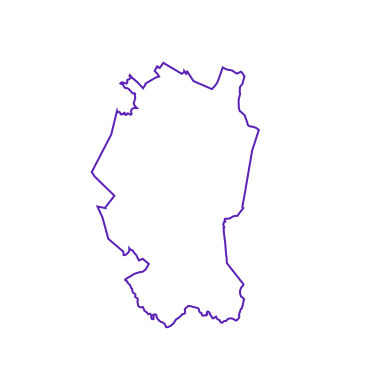 the district of Heroica Villa Tezoatlán de Segura y Luna, Cuna de la Independencia de Oaxaca, Oaxaca, Mexico, rotated 327°
{"feature_id": "50627088B73617398914248", "entity_name": "Heroica Villa Tezoatlán de Segura y Luna, Cuna de la Independencia de Oaxaca", "entity_type": "district", "adm_level": 2, "iso_a3": "MEX", "parent_name": "Mexico", "parent_adm1": "Oaxaca", "projection": "albers", "projection_center": [-97.858, 17.573], "detail": "fine", "context": "isolated", "style": "outline", "palette": "violet", "viewbox_px": 384, "rotation_deg": 327, "n_neighbors": 0, "source": "geoboundaries", "source_scale": "gbopen_adm2", "svg_char_len": 5831}
<svg xmlns="http://www.w3.org/2000/svg" viewBox="0 0 384 384"><g transform="rotate(327 192 192)"><path d="M226.3,233.4L226.1,231.9L229.7,228.1L231.6,226.1L234.0,223.6L235.2,222.3L239.3,217.9L240.0,217.1L241.3,215.6L241.8,215.1L243.5,213.3L246.9,209.6L247.2,209.3L249.5,206.8L252.1,204.0L252.4,203.6L254.6,201.3L256.1,199.6L256.4,199.4L261.3,194.0L261.7,193.6L264.6,190.5L264.8,190.2L268.5,187.2L269.5,186.4L272.6,183.9L273.2,183.4L277.0,180.3L277.5,179.9L279.4,178.4L281.6,176.6L281.9,176.4L280.5,172.7L280.2,172.5L279.1,171.1L277.7,169.7L276.9,169.0L275.7,167.7L275.4,166.3L275.5,165.5L275.9,164.7L276.2,163.6L276.6,162.0L277.4,159.0L277.3,158.3L277.5,157.9L278.0,156.8L277.5,154.3L277.3,154.1L276.8,151.6L276.1,150.3L277.2,146.7L279.6,142.8L281.4,140.0L286.1,135.6L286.2,134.5L287.6,132.5L289.6,129.9L293.1,128.9L293.5,128.5L296.0,126.2L298.1,124.4L299.0,123.6L298.8,123.0L299.1,120.8L298.7,117.8L294.2,117.2L293.4,115.6L292.7,114.0L292.0,112.7L291.8,111.9L290.5,110.6L289.0,109.3L288.2,108.5L286.9,106.7L285.6,104.3L283.8,105.6L280.9,107.9L279.4,109.1L277.7,110.4L274.4,112.9L272.1,114.3L271.3,114.6L269.6,115.3L268.1,115.7L267.4,115.9L264.7,116.6L261.8,112.0L255.5,102.6L254.0,100.2L253.9,100.1L253.6,99.5L253.7,87.5L253.3,88.6L253.4,89.2L253.1,89.3L252.3,89.6L251.7,89.2L251.4,89.4L251.4,89.1L251.3,88.9L251.5,88.6L251.5,88.4L251.5,88.0L251.5,87.6L251.5,87.3L251.5,87.0L251.3,86.8L251.3,86.2L250.6,87.0L250.3,87.2L249.7,87.2L249.1,87.2L248.9,87.2L247.8,87.3L238.3,68.1L232.9,70.3L232.6,70.3L232.4,69.9L232.2,70.0L232.0,69.8L231.8,69.4L231.8,69.1L231.6,69.2L231.2,68.9L231.0,68.6L231.0,68.1L230.8,68.1L230.8,67.8L227.8,69.5L226.6,70.1L227.3,73.7L227.3,77.2L224.1,76.3L219.9,76.1L215.0,75.9L214.1,75.8L213.1,75.8L212.9,75.8L211.8,75.9L211.2,76.8L210.2,77.2L208.9,77.6L208.6,77.8L207.5,78.4L207.3,77.5L206.0,70.2L204.1,63.9L203.6,60.1L202.9,60.5L203.2,60.9L203.4,61.4L202.9,62.2L202.4,62.8L201.5,63.1L200.2,63.2L199.6,62.9L199.1,62.7L198.5,63.0L197.9,64.0L197.4,65.0L196.0,65.4L195.4,64.5L194.9,64.1L194.6,63.8L194.4,63.3L193.9,62.8L193.5,62.3L193.1,61.9L192.6,61.9L192.1,61.7L191.6,62.1L191.3,62.0L191.0,62.0L191.0,62.3L191.1,62.5L191.3,62.6L191.7,62.6L192.0,62.8L192.4,63.5L192.5,64.1L192.4,65.1L192.4,66.0L192.3,66.8L192.5,67.4L192.6,68.1L192.8,68.7L193.3,68.9L194.0,69.4L194.3,70.0L195.0,71.0L195.2,72.4L195.5,73.4L195.6,74.5L195.7,75.5L196.0,77.0L196.7,77.4L197.4,77.7L197.8,78.2L197.7,78.8L197.1,79.1L196.8,79.6L196.6,80.1L196.2,81.0L195.6,82.1L195.0,83.1L194.1,83.5L193.0,84.6L192.4,85.0L191.8,85.3L191.2,86.9L190.9,88.2L191.1,89.0L191.2,90.0L191.5,91.5L189.5,90.3L188.6,89.9L187.5,89.7L186.8,89.8L186.1,90.1L185.5,90.4L184.7,91.3L184.2,92.5L183.9,93.6L183.1,93.8L182.6,93.8L182.2,93.4L181.7,92.0L181.0,91.1L180.4,91.0L179.8,91.4L179.0,91.5L178.4,91.2L178.4,90.6L178.6,90.0L178.6,89.2L178.6,88.8L178.3,88.7L178.0,88.7L177.6,89.1L177.3,89.4L176.8,89.5L176.6,89.3L176.4,88.8L176.0,88.4L175.5,88.4L175.1,88.4L174.7,88.3L174.6,87.7L174.8,86.7L174.9,86.0L174.7,85.4L174.2,85.2L173.6,84.9L173.3,84.4L173.1,83.8L173.3,83.1L155.7,99.7L155.6,99.8L155.2,100.0L127.7,115.6L125.9,116.6L118.8,120.7L118.8,126.0L124.9,152.9L110.4,157.9L110.4,158.1L104.8,152.7L103.0,164.8L96.3,185.8L101.9,204.5L100.3,207.7L101.3,208.2L102.0,208.5L102.5,208.6L103.0,208.5L104.0,208.3L105.0,208.1L105.8,208.0L106.4,207.7L107.4,207.3L108.2,205.8L108.7,205.1L108.7,206.0L110.5,209.0L110.4,211.1L110.4,211.7L110.5,212.5L110.7,213.3L110.9,214.4L110.4,218.4L110.2,220.5L114.3,221.2L114.6,222.2L116.6,228.8L111.1,231.7L107.1,232.0L104.6,230.8L99.4,229.3L88.4,228.9L88.2,229.3L88.0,229.8L88.3,230.3L88.8,231.1L88.9,231.8L88.7,232.4L88.7,233.4L88.8,234.4L89.0,235.1L89.3,236.1L89.2,237.0L89.1,237.7L88.8,238.7L88.7,239.2L88.8,239.8L89.1,240.6L88.6,241.5L88.2,242.3L87.9,243.0L87.8,243.8L87.9,244.4L88.0,245.1L88.5,245.9L88.8,246.8L88.6,247.5L87.8,248.1L87.2,248.9L87.3,249.2L87.4,249.6L87.7,250.3L88.1,250.9L88.3,251.5L88.2,252.5L87.7,252.9L87.7,253.1L87.2,253.6L86.5,254.3L85.5,256.6L84.9,258.1L85.3,259.8L86.7,261.2L88.2,261.8L87.8,263.9L87.4,265.9L88.2,267.6L88.5,268.2L88.7,270.6L90.6,271.3L90.7,273.4L89.5,274.9L89.2,276.8L90.4,277.6L92.2,275.4L92.6,273.9L94.6,274.5L95.0,276.1L94.0,278.2L94.1,279.9L94.5,282.3L95.1,283.8L96.4,285.4L97.0,287.0L97.2,288.6L97.0,289.2L96.9,289.6L96.7,291.3L98.2,292.2L99.8,292.4L101.3,292.7L103.0,292.3L104.9,292.2L106.6,291.4L108.1,290.6L109.8,290.1L111.5,290.4L113.2,290.1L115.3,289.8L117.1,289.2L118.5,289.8L120.2,289.7L121.2,288.4L121.9,286.6L123.5,285.9L125.1,285.8L126.7,285.5L128.1,286.5L129.3,287.7L130.3,288.9L131.4,290.1L132.7,291.4L133.7,292.7L133.9,294.3L133.1,295.9L133.2,297.6L134.0,299.0L133.3,301.1L134.6,302.2L136.3,302.6L136.8,303.3L138.1,303.1L138.4,302.6L138.2,302.0L138.8,301.3L139.6,300.7L140.2,300.8L140.6,301.3L141.0,302.7L140.5,304.5L140.4,306.1L140.7,307.0L140.5,307.9L140.4,308.5L140.5,309.1L140.9,309.5L141.4,309.6L142.4,309.5L142.7,309.5L144.3,309.6L143.9,311.5L144.5,313.3L145.4,314.7L145.0,316.6L145.8,318.0L146.7,317.9L147.6,317.8L149.1,317.9L150.6,318.7L152.6,318.1L154.6,318.4L156.4,319.6L157.4,320.9L158.2,322.6L159.2,323.9L160.9,323.7L162.4,323.3L163.8,322.4L164.4,320.7L166.0,319.3L167.7,318.0L168.9,316.9L170.7,316.6L171.8,315.5L173.0,314.5L174.4,313.0L176.0,311.4L177.4,310.3L176.9,308.1L176.2,306.3L176.6,304.5L177.4,302.7L178.6,300.8L179.9,299.9L181.5,298.8L183.7,298.4L184.9,297.4L182.5,270.6L184.9,266.5L187.4,261.4L192.2,252.6L193.9,249.0L197.1,242.5L197.4,242.0L197.6,241.7L198.4,240.6L198.5,239.8L199.2,239.2L199.6,239.2L199.5,238.7L200.2,238.0L200.2,237.4L200.5,236.2L201.4,235.6L201.5,235.4L202.1,234.9L202.6,234.8L202.9,235.0L203.0,235.0L202.9,234.6L203.5,234.1L203.9,234.4L204.1,233.4L204.4,233.1L204.6,232.6L204.9,232.4L205.8,232.9L206.7,233.4L209.2,234.7L212.9,234.8L215.4,235.6L217.1,236.8L220.8,235.3L226.3,233.4Z" fill="none" stroke="#5b21b6" stroke-width="2"/></g></svg>